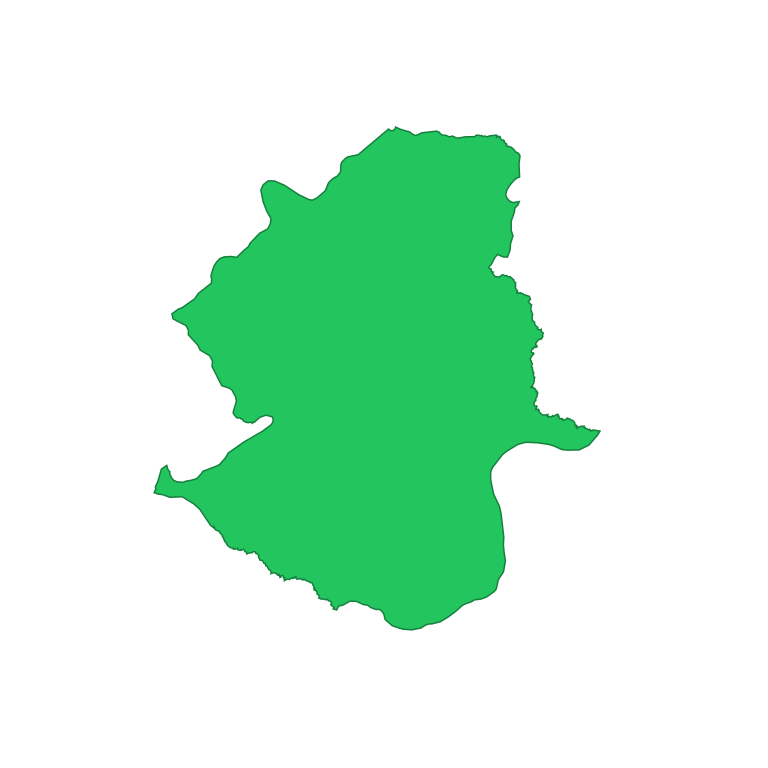 the district of Nadowli-kaleo, Upper West, Ghana, rotated 232°
{"feature_id": "2480657B27045720373273", "entity_name": "Nadowli-kaleo", "entity_type": "district", "adm_level": 2, "iso_a3": "GHA", "parent_name": "Ghana", "parent_adm1": "Upper West", "projection": "natural_earth1", "projection_center": [-2.713, 10.287], "detail": "fine", "context": "isolated", "style": "filled", "palette": "green", "viewbox_px": 768, "rotation_deg": 232, "n_neighbors": 0, "source": "geoboundaries", "source_scale": "gbopen_adm2", "svg_char_len": 6171}
<svg xmlns="http://www.w3.org/2000/svg" viewBox="0 0 768 768"><g transform="rotate(232 384 384)"><path d="M582.1,544.6L580.6,504.8L585.3,495.2L585.5,492.6L584.8,487.2L583.4,485.1L577.7,480.1L576.6,475.2L577.4,470.0L576.7,464.2L572.4,456.7L571.9,445.8L573.0,440.6L575.7,438.3L585.6,433.4L601.9,427.9L611.4,422.7L615.4,417.8L615.4,411.6L612.7,406.4L602.1,401.0L591.9,397.9L584.0,396.8L580.2,393.0L577.8,387.7L579.4,379.0L577.4,365.2L575.7,361.7L575.6,356.4L574.5,345.9L578.8,341.8L582.6,336.2L583.9,331.8L583.2,327.3L581.7,322.9L578.9,318.5L575.8,314.3L572.9,312.8L569.7,310.1L569.7,293.7L567.7,287.0L568.4,272.2L569.6,267.8L569.9,260.1L565.1,257.9L551.7,264.0L546.6,262.9L543.3,260.1L528.8,261.2L524.0,260.0L513.8,264.0L507.8,263.1L503.7,259.3L482.6,255.1L476.0,259.5L472.9,260.5L465.0,259.1L461.2,257.0L455.0,248.2L453.5,247.1L448.8,247.0L447.5,247.5L446.0,249.7L444.8,249.7L443.4,250.9L441.7,250.4L439.2,251.5L437.4,252.9L435.3,256.1L434.1,256.0L434.3,257.8L433.7,258.5L434.2,265.6L432.1,271.8L427.1,275.6L424.7,275.1L422.5,273.2L421.4,270.2L421.6,259.3L424.5,238.3L425.5,218.8L423.5,213.9L421.8,205.0L422.4,201.5L426.7,187.6L425.8,185.0L424.7,178.2L426.9,172.7L429.3,168.3L430.2,165.1L434.4,160.7L437.3,159.0L441.1,158.7L443.3,159.6L444.8,159.5L446.8,161.3L449.3,161.0L453.6,162.7L454.0,156.2L446.4,145.8L443.9,140.7L442.1,139.8L439.8,136.0L436.5,138.1L433.0,141.5L426.6,145.5L419.4,155.5L406.7,160.3L398.9,161.7L379.4,160.3L376.8,160.9L376.7,162.1L375.9,161.5L375.1,162.0L374.9,161.3L372.4,161.6L369.1,163.6L367.7,163.1L363.6,163.4L363.1,162.6L362.3,162.9L357.7,161.5L356.1,162.3L355.4,161.5L352.3,161.3L349.4,162.3L347.3,164.2L346.6,163.7L345.4,165.1L344.7,167.3L343.4,166.7L341.3,168.5L341.5,169.2L340.8,169.4L340.4,171.6L337.3,171.3L336.6,172.2L334.6,171.2L333.9,173.8L332.2,176.2L332.5,177.7L331.1,179.1L329.7,179.2L329.4,178.7L328.8,179.3L326.0,179.9L325.3,178.7L321.6,177.8L320.0,179.3L318.7,179.5L316.7,179.0L315.5,179.8L313.3,179.0L312.5,179.7L308.9,178.9L307.1,179.7L305.1,179.2L304.2,178.1L303.1,181.0L302.2,182.0L300.4,182.3L300.0,182.9L298.8,182.5L298.4,182.7L298.4,184.1L295.6,182.9L295.3,183.7L296.3,185.1L294.7,186.4L293.2,185.6L292.5,186.4L291.8,185.1L290.9,185.2L290.4,184.5L289.7,187.8L288.1,189.2L288.0,191.8L287.7,192.5L286.9,192.4L286.5,193.9L287.0,195.2L286.0,195.8L285.6,195.1L283.9,195.1L282.9,196.7L282.8,197.7L280.1,199.1L280.3,199.9L279.3,199.9L278.9,201.3L278.3,201.1L275.4,202.4L274.6,203.5L273.2,203.4L271.9,204.9L266.4,203.6L265.9,202.7L264.9,203.5L264.6,202.3L262.6,203.3L260.5,202.8L259.8,201.9L258.1,202.7L255.7,201.8L255.5,200.8L253.0,202.2L251.7,204.1L249.6,205.4L249.2,207.0L247.5,206.7L245.3,208.2L244.0,208.0L242.7,206.1L238.4,207.1L238.0,205.5L235.1,207.6L236.9,211.4L235.0,215.7L233.8,223.6L229.6,228.5L223.0,231.9L219.5,235.1L216.1,235.9L213.2,237.6L211.1,239.0L209.6,241.2L207.7,242.2L204.7,242.5L202.3,242.0L197.7,239.9L188.3,241.7L179.3,247.8L173.1,254.6L169.0,262.9L168.4,268.5L167.4,271.3L165.2,274.6L162.0,282.1L160.9,290.7L160.7,300.9L161.3,308.9L160.7,312.7L158.6,318.8L158.2,322.4L154.8,328.0L153.0,333.7L152.6,343.1L153.3,346.2L159.4,353.6L162.5,362.6L170.1,371.0L177.5,375.0L184.2,379.4L189.4,384.0L209.9,396.5L216.5,399.6L230.1,402.7L242.6,409.0L247.6,412.7L249.8,414.9L251.6,418.7L255.4,434.0L255.5,438.6L254.1,452.0L251.2,459.0L249.9,461.0L242.7,469.3L235.2,476.4L230.8,479.6L222.7,483.9L218.5,488.4L211.9,497.2L209.7,507.9L212.2,520.5L213.9,525.2L219.2,520.4L218.9,519.5L219.8,518.6L219.8,517.9L220.7,518.4L221.7,518.1L221.8,517.0L223.7,516.4L225.3,515.1L225.7,515.6L227.6,515.7L227.5,514.4L228.4,514.6L229.8,512.5L230.1,508.8L232.1,509.0L231.6,510.2L233.0,510.2L234.2,509.3L236.1,510.5L238.2,510.5L242.4,508.6L244.4,507.4L243.9,506.7L245.0,502.6L246.5,503.3L247.1,502.3L247.8,502.4L248.2,501.3L249.4,501.0L251.0,502.1L251.7,501.5L252.5,502.3L253.4,502.2L254.2,497.7L255.3,497.4L254.9,495.9L255.5,494.8L256.6,494.4L256.8,493.1L257.6,493.1L259.0,494.3L259.0,493.1L259.7,493.2L261.0,490.8L262.9,489.5L267.6,489.1L267.7,490.0L269.1,490.1L270.6,487.8L272.2,490.8L272.8,490.7L273.7,489.1L274.6,489.0L277.2,491.1L277.5,493.5L278.6,494.0L280.4,497.5L281.9,498.4L281.9,499.4L283.9,500.0L284.4,499.1L285.5,500.0L287.8,500.1L288.6,499.1L289.9,499.5L290.8,497.8L292.4,502.3L293.7,504.1L296.0,505.9L296.2,506.8L298.7,506.8L300.7,509.0L301.6,508.8L302.8,509.7L304.1,509.8L305.3,511.0L306.8,510.7L308.8,513.5L310.5,513.5L311.4,514.3L313.4,514.2L315.1,517.7L315.5,520.7L316.4,520.9L317.9,519.7L318.8,520.0L320.3,521.6L320.3,523.3L319.9,523.4L320.7,524.9L319.4,526.1L319.1,527.6L320.4,528.1L321.1,527.4L322.5,528.5L323.6,532.1L323.5,534.6L322.7,535.0L322.7,536.3L323.7,538.5L324.9,539.1L326.2,540.9L328.3,540.2L330.3,541.6L330.8,539.8L333.0,538.9L334.0,540.1L335.9,539.4L338.7,539.6L340.0,540.8L343.1,540.0L344.5,541.5L345.6,541.7L347.0,543.8L352.7,545.7L355.6,549.1L357.7,548.4L360.1,548.5L360.6,551.5L363.5,552.5L368.2,549.4L370.1,548.9L370.7,547.9L372.0,547.7L373.4,544.8L374.4,545.0L374.3,545.8L375.6,546.7L376.7,546.2L379.8,547.2L380.2,548.3L381.5,548.5L382.5,550.0L385.4,549.7L386.3,550.4L391.0,549.4L392.0,547.9L394.3,547.2L394.5,546.1L397.1,544.9L397.4,540.8L400.0,537.8L404.5,537.6L405.0,537.9L404.9,538.9L406.6,538.0L408.5,539.2L410.7,538.0L411.8,539.4L412.2,542.3L415.0,548.2L416.3,553.1L410.7,556.2L408.0,559.4L412.0,565.9L416.5,569.9L421.4,576.9L426.6,578.7L433.9,584.4L439.4,592.8L442.1,595.4L442.6,599.7L444.5,602.9L447.4,597.5L449.0,596.4L451.1,595.5L453.4,595.4L455.9,595.5L458.3,596.5L461.2,600.2L463.1,605.2L464.3,610.9L464.6,615.1L463.6,618.3L474.2,625.8L479.9,631.5L481.5,632.0L484.0,631.7L486.1,630.4L487.5,630.8L491.7,630.2L495.1,628.1L495.5,627.2L496.7,627.4L497.4,628.4L500.6,627.6L501.5,628.5L502.6,628.4L503.4,627.0L505.3,626.9L507.1,627.7L507.7,627.0L508.3,627.2L509.3,624.8L510.1,626.0L511.0,625.7L514.6,619.8L515.3,617.3L517.2,616.3L518.2,614.3L519.6,614.0L520.3,612.8L522.3,611.3L523.3,609.4L523.0,607.8L528.6,600.5L532.6,593.0L537.3,590.5L538.6,587.5L542.2,585.7L543.1,584.2L545.1,582.8L548.6,582.4L550.9,581.1L558.7,568.4L560.1,562.0L562.9,560.4L567.2,559.2L574.0,554.1L579.3,551.3L578.1,549.7L578.1,547.0L579.8,545.1L582.1,544.6Z" fill="#22c55e" stroke="#15803d" stroke-width="1.5"/></g></svg>